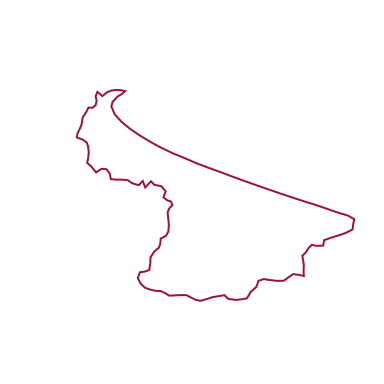 Praia Grande, São Paulo, Brazil (Robinson projection), rotated 227°
{"feature_id": "56859067B11159751681526", "entity_name": "Praia Grande", "entity_type": "district", "adm_level": 2, "iso_a3": "BRA", "parent_name": "Brazil", "parent_adm1": "São Paulo", "projection": "robinson", "projection_center": [-46.504, -24.018], "detail": "fine", "context": "isolated", "style": "outline", "palette": "rose", "viewbox_px": 384, "rotation_deg": 227, "n_neighbors": 0, "source": "geoboundaries", "source_scale": "gbopen_adm2", "svg_char_len": 1767}
<svg xmlns="http://www.w3.org/2000/svg" viewBox="0 0 384 384"><g transform="rotate(227 192 192)"><path d="M61.4,292.1L68.1,290.1L79.3,283.6L89.3,278.4L99.1,273.1L110.0,266.9L119.2,261.8L130.2,255.8L143.1,249.0L153.4,243.5L165.4,237.3L177.2,231.3L188.3,225.8L193.0,223.4L198.6,220.5L209.3,215.2L215.2,212.6L220.9,210.1L232.9,204.6L244.7,199.9L250.1,198.0L256.3,196.0L270.2,192.0L281.4,189.6L291.8,188.3L301.7,188.5L309.6,191.4L312.1,195.5L312.6,202.7L311.5,207.5L311.5,211.9L316.1,208.6L318.8,205.5L321.2,202.2L322.8,198.2L323.3,191.8L329.7,191.1L327.8,186.9L323.8,184.5L321.2,180.7L321.5,176.6L324.4,173.9L322.7,169.5L321.1,162.9L316.7,157.3L314.4,152.2L313.0,148.3L310.4,144.9L304.7,147.9L300.0,148.7L296.4,147.2L291.5,143.6L287.7,139.3L284.8,135.2L279.0,135.7L271.7,135.2L270.7,141.7L267.1,144.9L262.0,144.6L256.7,141.4L253.2,144.6L249.0,149.0L244.5,153.1L240.7,153.8L237.3,155.2L233.3,157.8L233.7,163.5L227.2,160.9L227.8,169.3L223.0,169.3L217.2,173.5L210.4,173.2L207.6,167.5L202.9,168.2L199.4,170.1L195.7,168.6L195.6,164.5L193.9,160.4L184.0,152.9L179.3,147.9L177.7,143.2L179.3,137.4L175.8,133.5L173.8,129.7L174.2,124.0L172.5,117.1L168.0,112.6L164.1,107.4L166.0,103.2L168.8,99.2L166.1,93.7L159.9,91.9L153.9,92.4L148.3,95.3L144.3,98.2L140.7,101.7L135.9,103.5L131.7,104.7L125.0,112.6L120.7,117.4L115.0,119.5L110.8,121.1L106.7,123.8L103.8,129.5L101.0,135.5L98.3,139.5L94.4,145.4L89.1,145.6L83.0,150.7L80.0,154.7L76.8,159.6L78.9,167.0L78.7,174.5L81.7,180.0L79.4,185.1L75.0,188.5L69.2,193.4L64.6,198.5L63.9,203.7L63.0,209.9L58.5,213.7L54.3,216.5L57.8,219.4L62.7,224.3L70.1,229.2L70.2,234.2L71.5,238.9L71.6,243.7L67.9,246.1L63.3,251.4L66.7,255.7L63.7,262.6L59.3,271.8L57.3,276.3L55.1,283.9L58.8,288.3L61.4,292.1Z" fill="none" stroke="#9f1239" stroke-width="2"/></g></svg>